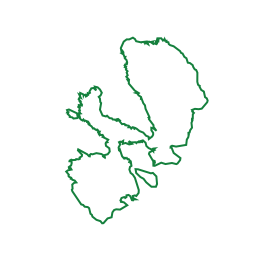 Banggai Kepulauan, Sulawesi Tengah, Indonesia, rotated 122°
{"feature_id": "22746128B2571336805106", "entity_name": "Banggai Kepulauan", "entity_type": "district", "adm_level": 2, "iso_a3": "IDN", "parent_name": "Indonesia", "parent_adm1": "Sulawesi Tengah", "projection": "albers", "projection_center": [123.185, -1.399], "detail": "fine", "context": "isolated", "style": "outline", "palette": "green", "viewbox_px": 256, "rotation_deg": 122, "n_neighbors": 0, "source": "geoboundaries", "source_scale": "gbopen_adm2", "svg_char_len": 5883}
<svg xmlns="http://www.w3.org/2000/svg" viewBox="0 0 256 256"><g transform="rotate(122 128 128)"><path d="M127.6,66.8L125.7,67.6L125.0,76.0L121.5,80.7L122.1,81.5L121.1,82.0L119.7,81.2L118.3,77.4L111.5,69.7L106.6,72.0L103.9,72.0L100.4,73.3L101.2,73.4L100.0,74.2L99.1,73.4L96.9,74.1L93.8,73.9L90.0,76.9L87.2,77.4L86.8,77.9L87.2,77.5L87.9,77.4L87.4,78.0L86.0,78.7L85.6,78.6L86.3,77.7L82.0,80.3L80.3,80.1L80.0,82.1L79.4,82.0L78.8,83.3L76.3,81.4L74.6,78.0L72.5,75.7L64.2,74.5L62.5,75.0L61.1,76.9L61.0,79.0L56.9,83.0L56.9,86.1L55.1,89.2L54.3,89.4L54.2,91.5L52.1,93.7L44.3,98.5L42.7,100.9L42.9,102.5L41.8,104.8L40.4,106.5L40.1,109.9L40.9,111.9L37.9,115.4L37.8,117.9L35.9,121.2L36.2,122.7L35.2,124.6L34.5,132.6L35.4,136.2L35.2,137.9L33.9,139.2L34.7,141.0L33.6,141.6L34.2,142.6L33.4,143.8L34.4,143.5L34.4,144.7L35.3,144.8L34.3,147.3L36.4,150.6L37.9,150.1L36.9,149.0L38.6,148.1L39.2,149.1L40.1,148.6L40.1,150.0L41.2,149.4L40.2,148.8L40.4,148.4L41.8,148.3L42.4,150.7L43.3,151.0L43.2,152.7L41.4,152.6L43.5,154.7L44.2,154.5L43.4,155.0L43.6,155.9L46.1,158.6L45.7,157.5L46.0,157.4L45.9,155.8L46.3,155.3L46.3,158.3L47.1,158.4L46.5,159.1L47.5,159.9L45.9,159.4L48.0,162.0L48.1,161.3L50.1,167.1L48.9,169.2L48.8,171.7L52.2,173.9L53.6,176.1L57.0,177.4L64.1,176.4L67.2,173.5L66.6,172.7L65.8,173.0L66.2,172.1L66.8,171.7L68.0,172.8L68.0,170.8L69.6,168.6L69.1,167.9L70.6,167.6L71.1,165.4L72.6,163.6L73.4,163.2L73.4,163.7L74.2,163.9L73.5,163.4L74.3,162.9L75.6,164.1L76.8,164.0L76.9,163.0L77.7,162.9L77.1,162.1L78.2,161.9L78.7,160.2L78.8,160.9L79.6,160.7L80.1,158.5L81.7,158.5L83.5,156.2L85.4,156.6L86.5,152.7L87.0,152.5L87.5,153.7L88.5,151.6L89.9,150.9L92.7,142.1L92.7,137.3L93.4,137.5L93.5,139.5L94.1,140.0L93.7,138.4L94.7,136.4L94.8,133.4L96.2,132.6L95.7,132.3L98.9,128.1L99.8,125.6L102.4,123.3L107.4,115.6L108.3,116.0L108.5,115.0L109.4,114.9L112.1,107.9L113.5,107.0L115.3,102.4L114.9,106.0L115.5,108.3L117.5,107.0L118.8,104.1L120.4,103.1L122.4,103.0L126.3,104.5L124.5,105.9L125.0,108.6L123.8,112.6L124.5,116.6L124.0,120.5L124.3,121.9L126.1,122.2L124.3,122.5L124.8,124.4L126.8,124.9L126.1,126.2L127.0,127.8L126.0,127.7L125.7,128.6L127.0,131.6L126.5,131.7L126.6,133.5L127.9,135.1L126.5,139.6L126.1,137.7L125.6,141.2L126.2,141.8L126.5,140.5L127.9,141.2L128.0,143.9L128.9,145.4L128.4,146.8L129.4,148.9L128.7,152.3L129.9,152.8L130.9,156.2L127.3,161.5L121.1,164.0L120.7,165.2L117.8,167.5L117.1,169.3L114.9,168.5L112.0,168.9L110.2,172.2L109.6,175.3L110.5,178.0L113.0,175.0L112.3,178.4L113.8,180.1L117.5,180.0L118.3,178.9L119.4,179.4L119.7,180.5L121.0,179.5L121.7,180.9L122.7,179.9L123.5,180.4L122.6,181.3L123.3,183.1L123.9,183.0L123.2,183.6L123.6,187.1L125.6,186.0L125.6,186.9L127.4,184.1L127.5,185.2L129.7,185.1L130.4,182.6L131.0,183.1L131.9,181.0L133.0,180.4L132.2,180.3L132.8,179.2L133.3,179.1L133.2,180.0L133.9,179.2L133.2,180.6L133.8,180.1L134.6,181.8L135.7,180.9L136.8,182.0L136.1,179.7L137.7,179.3L138.5,178.2L139.2,178.6L140.4,176.7L140.3,177.5L140.7,177.5L140.9,176.0L142.4,177.6L143.6,187.9L145.1,189.2L146.0,187.8L146.9,187.8L146.3,186.8L147.2,186.6L147.1,187.2L148.1,186.5L148.6,183.8L149.5,183.3L148.5,180.7L148.9,179.3L146.5,176.3L145.7,176.1L143.8,177.9L143.1,176.0L144.1,174.8L144.8,175.6L145.8,172.3L145.7,170.4L144.4,170.3L145.1,168.5L144.4,168.2L144.0,166.3L144.5,166.0L143.8,165.1L144.3,164.2L145.0,165.2L144.7,163.1L145.4,162.3L145.8,162.6L145.9,159.8L147.0,157.3L146.3,156.8L146.6,154.5L145.6,153.1L145.9,152.2L146.1,152.1L145.7,153.0L146.4,153.4L146.2,151.5L147.3,151.1L146.3,150.0L148.5,149.6L149.0,148.5L148.1,148.5L148.4,147.4L147.3,145.9L148.2,144.2L149.0,144.6L148.4,138.6L150.9,138.7L151.1,138.0L152.1,139.0L153.1,138.7L154.8,137.2L155.1,133.1L157.7,131.0L161.0,131.3L163.5,133.6L164.6,133.2L164.6,132.7L165.1,132.0L165.4,131.9L165.3,134.2L164.1,134.5L164.2,136.9L166.1,141.5L169.1,144.1L169.7,145.7L170.8,146.1L172.3,145.4L172.6,146.1L171.9,148.6L172.5,158.9L173.5,158.6L175.0,152.8L176.5,152.2L178.7,153.4L179.6,152.5L180.7,153.2L181.9,155.5L182.8,155.5L184.6,158.0L184.9,159.3L186.6,160.2L187.2,160.0L186.3,158.2L187.5,157.2L189.9,156.4L192.5,157.5L193.2,156.9L192.4,155.4L193.2,153.9L195.7,156.5L197.7,157.3L199.0,153.4L200.2,153.1L200.6,152.1L200.4,150.4L201.2,149.8L200.5,149.4L201.4,147.9L200.8,145.3L201.6,143.0L203.0,144.6L205.5,145.3L208.9,142.8L210.1,142.9L211.2,141.6L217.6,127.2L217.0,125.2L217.7,123.1L216.4,120.2L216.6,118.5L220.6,114.4L220.8,112.6L222.0,111.2L222.6,106.1L221.6,102.0L222.5,99.4L221.7,98.4L215.5,97.4L212.4,94.6L207.8,96.5L204.9,96.3L203.2,94.9L201.4,91.5L193.9,87.7L193.2,92.2L194.7,95.6L193.6,94.7L193.4,96.0L190.8,96.4L188.6,94.7L188.7,95.0L188.4,94.1L188.8,93.3L187.4,92.7L185.9,93.6L184.5,92.1L184.6,89.9L187.1,86.4L186.6,85.3L185.5,85.3L184.5,83.8L184.7,86.7L183.1,87.9L181.5,86.4L181.3,84.9L177.4,84.6L174.9,86.0L166.6,95.7L165.0,99.2L164.7,102.0L162.5,104.8L159.9,105.7L158.3,105.0L154.8,108.0L154.7,109.0L156.9,106.6L155.5,108.6L155.9,109.0L154.6,109.3L154.0,110.9L154.7,111.7L154.4,112.4L155.1,112.2L154.4,112.6L154.8,114.6L155.2,115.3L155.6,114.6L156.0,115.0L155.1,118.0L150.9,123.1L151.8,123.0L151.7,123.8L149.4,125.7L146.1,125.9L144.8,128.1L143.7,127.4L143.7,126.4L141.5,125.3L144.1,124.0L142.0,122.2L141.3,118.3L139.5,116.4L139.3,119.7L138.7,119.6L138.5,117.2L137.7,117.7L138.2,117.0L136.2,114.3L136.3,112.9L135.5,113.0L133.9,110.6L133.3,111.1L132.4,108.5L131.7,108.7L132.2,110.2L130.6,108.8L131.2,105.3L133.5,102.9L134.1,99.9L133.7,96.5L132.2,95.8L131.2,94.5L132.2,94.9L132.5,93.8L133.7,94.7L134.3,94.3L134.1,95.0L137.3,96.9L138.9,96.5L143.2,88.3L142.3,88.6L142.4,88.0L141.9,88.0L141.8,87.2L142.0,87.8L142.7,87.2L142.8,88.1L144.2,87.3L144.2,88.0L146.5,86.5L145.9,85.3L139.8,81.4L138.7,77.1L134.4,72.2L133.0,67.9L131.9,67.2L127.6,66.8ZM164.4,83.8L165.4,77.0L163.0,73.2L160.1,73.7L154.0,78.3L152.9,83.1L154.3,84.6L157.7,97.6L158.9,99.8L161.8,97.2L163.0,91.5L162.8,87.9L164.4,83.8Z" fill="none" stroke="#15803d" stroke-width="2"/></g></svg>